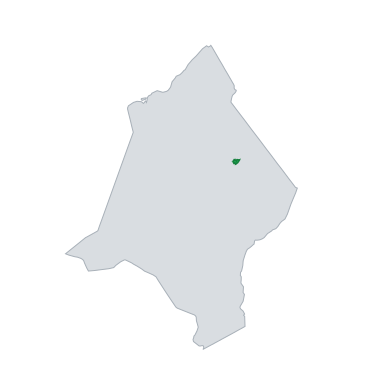 Limuru, Central, Kenya (highlighted), rotated 200°
{"feature_id": "3690345B52223496040180", "entity_name": "Limuru", "entity_type": "district", "adm_level": 2, "iso_a3": "KEN", "parent_name": "Kenya", "parent_adm1": "Central", "projection": "natural_earth1", "projection_center": [36.657, -1.145], "detail": "fine", "context": "in_parent", "style": "filled", "palette": "green", "viewbox_px": 384, "rotation_deg": 200, "n_neighbors": 0, "source": "geoboundaries", "source_scale": "gbopen_adm2", "svg_char_len": 4218}
<svg xmlns="http://www.w3.org/2000/svg" viewBox="0 0 384 384"><g transform="rotate(200 192 192)"><path d="M94.4,231.7L94.3,226.9L94.9,214.6L94.8,203.8L95.4,198.4L97.7,195.0L98.7,192.5L99.5,189.0L100.7,186.2L103.4,183.9L103.9,182.6L106.8,178.8L108.6,173.8L109.9,172.1L111.5,170.6L112.7,169.8L114.6,168.9L116.0,168.5L116.3,168.1L116.4,167.3L115.9,164.2L116.6,163.2L117.6,161.2L118.8,159.2L119.8,158.0L120.4,156.8L120.7,154.6L120.7,153.1L120.7,150.6L120.4,144.9L119.1,140.2L118.4,134.8L118.9,133.1L118.0,130.0L117.5,129.8L116.7,129.1L115.7,126.2L115.0,123.5L114.5,122.8L111.2,120.5L109.6,115.0L107.7,113.7L106.8,108.2L106.6,106.7L107.6,101.2L107.5,99.9L106.4,98.8L103.3,97.6L100.8,95.3L101.2,94.5L101.3,93.7L100.0,93.2L96.2,83.8L101.1,78.2L106.1,72.4L112.5,65.2L118.3,58.6L123.4,52.9L127.9,47.8L127.7,48.7L127.8,50.0L128.3,50.8L129.2,51.4L130.5,50.8L131.7,50.0L132.8,49.8L139.5,52.0L140.6,53.8L140.6,55.8L140.9,57.3L140.3,58.7L139.8,63.1L139.9,67.1L142.0,70.1L143.8,72.5L145.2,75.8L146.3,76.8L147.7,77.3L152.4,77.4L159.3,77.6L165.9,77.8L166.5,77.9L167.9,78.4L174.0,82.8L179.6,86.9L184.3,90.4L188.9,93.9L193.3,97.2L196.8,100.0L200.2,100.8L205.7,101.2L209.5,101.4L213.1,102.5L218.4,103.6L222.3,104.2L224.7,104.8L231.2,105.4L232.3,105.1L235.2,102.0L238.5,97.0L239.7,94.2L243.9,91.5L251.3,87.7L256.5,85.0L262.3,82.3L264.9,84.6L268.6,88.4L270.2,90.3L271.5,91.1L273.5,91.6L275.9,91.6L277.2,91.6L279.9,91.1L286.1,90.6L289.7,90.7L286.7,95.7L283.1,101.6L276.5,112.6L271.4,118.4L267.6,122.8L267.2,123.6L267.3,128.5L267.3,140.4L267.4,164.3L267.5,188.2L267.6,212.0L267.6,224.0L267.6,228.0L271.0,233.0L274.2,237.9L278.6,244.4L280.9,247.9L281.3,249.0L281.2,251.3L277.6,256.2L274.7,258.4L270.7,259.5L269.6,259.3L268.0,258.6L267.4,259.7L266.9,261.6L266.1,261.2L265.4,260.6L265.8,263.9L266.2,265.5L265.6,267.6L263.7,269.5L263.5,271.1L259.4,275.3L253.5,275.7L250.4,277.8L249.1,279.5L248.0,283.2L248.4,288.8L246.8,293.2L246.4,295.4L243.4,298.2L242.1,300.8L241.1,303.5L240.2,304.6L239.2,310.6L237.8,314.2L237.4,315.4L237.0,316.4L235.9,318.6L235.2,320.0L234.7,321.0L231.1,330.2L228.3,334.4L226.1,333.9L224.7,335.5L224.5,336.2L223.8,335.8L221.9,334.3L218.2,331.2L214.4,328.0L210.7,324.9L206.9,321.8L203.2,318.6L199.4,315.5L195.7,312.4L191.9,309.2L189.7,307.4L188.7,306.3L188.0,304.2L187.6,303.6L186.6,302.9L185.4,302.8L185.1,302.4L185.1,301.3L185.5,299.8L186.9,297.0L187.0,295.3L186.8,293.4L186.3,290.3L186.0,289.6L183.5,288.0L178.3,284.6L173.0,281.2L167.8,277.9L162.6,274.5L157.4,271.1L152.2,267.8L146.9,264.4L141.7,261.0L136.5,257.6L131.3,254.3L126.1,250.9L120.9,247.5L115.6,244.2L110.4,240.8L105.2,237.4L100.0,234.1L98.0,232.8L96.3,231.7L94.4,231.7ZM268.0,264.5L267.1,264.7L267.5,263.1L270.2,261.0L271.3,261.5L271.5,262.0L271.5,262.4L271.0,262.8L268.0,264.5Z" fill="#d9dde1" stroke="#a8b0b8" stroke-width="1"/><path d="M162.2,233.4L162.3,233.3L162.3,233.1L162.2,233.1L162.0,233.3L161.9,233.4L161.9,233.5L161.7,233.7L161.3,233.4L161.2,233.4L160.9,233.4L160.7,233.4L160.6,233.5L160.2,233.7L160.2,233.4L160.1,233.5L159.9,233.9L159.9,234.1L159.8,234.3L159.7,234.4L159.7,234.5L159.6,234.4L159.5,234.6L159.4,234.7L159.3,234.9L159.1,235.1L159.0,235.5L158.9,235.8L158.9,236.0L158.7,236.6L158.6,237.1L158.5,237.5L158.4,238.0L158.3,238.4L158.3,238.5L158.4,238.4L158.6,238.4L158.8,238.3L158.9,238.2L159.0,238.2L159.3,238.1L159.5,238.1L159.8,238.0L160.0,238.0L160.3,238.0L160.5,237.9L160.8,237.8L160.8,237.7L160.7,237.5L160.6,237.4L160.7,237.2L160.6,236.9L160.6,236.7L160.7,236.4L160.8,236.3L160.8,236.2L161.0,236.1L161.2,236.3L161.3,236.4L161.3,236.5L161.3,236.4L161.3,236.2L161.8,236.2L161.7,236.2L161.7,236.3L161.6,236.5L161.7,236.8L161.8,236.8L161.9,237.0L162.0,237.0L162.1,236.9L162.0,236.7L162.3,236.7L162.4,236.8L162.4,236.7L162.5,236.7L162.4,236.6L162.5,236.5L162.6,236.8L162.7,237.0L162.8,237.0L163.0,237.0L163.2,236.9L163.4,236.7L163.5,236.5L163.6,236.4L163.6,236.2L163.8,235.9L163.9,235.7L164.0,235.7L163.9,235.7L163.6,235.4L163.7,235.2L163.8,235.1L163.7,235.1L163.4,235.2L163.5,235.0L163.5,234.9L163.6,234.7L163.6,234.4L163.5,234.2L163.4,234.2L163.4,234.3L163.3,234.2L163.2,234.2L163.1,233.9L162.9,233.9L162.7,233.9L162.4,233.8L162.2,233.9L162.3,233.7L162.2,233.6L162.2,233.4Z" fill="#22c55e" stroke="#15803d" stroke-width="1.5"/></g></svg>